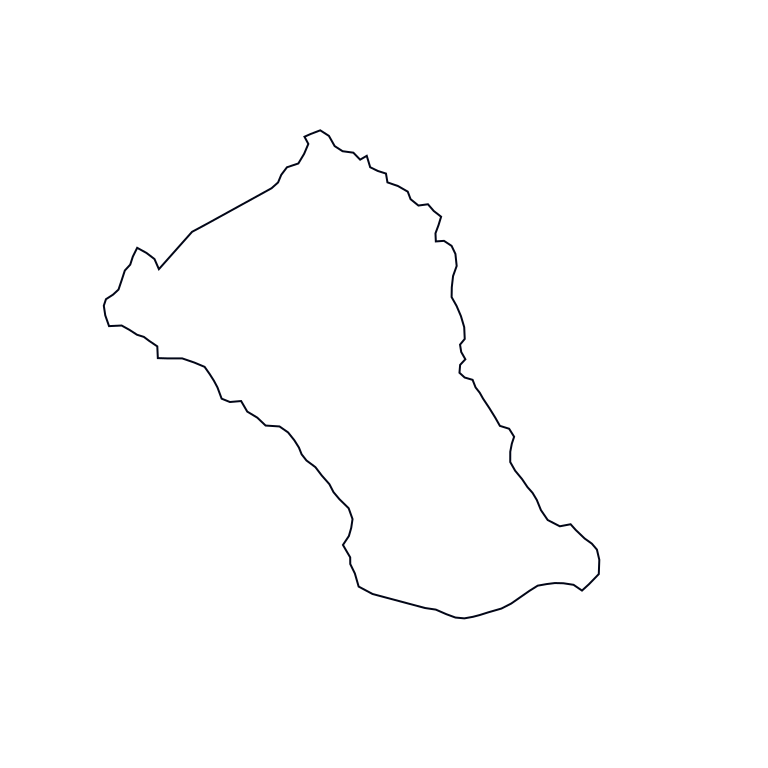 outline of Tanquinho, Bahia, Brazil, rotated 121°
{"feature_id": "56859067B21110119970991", "entity_name": "Tanquinho", "entity_type": "district", "adm_level": 2, "iso_a3": "BRA", "parent_name": "Brazil", "parent_adm1": "Bahia", "projection": "albers", "projection_center": [-39.095, -11.948], "detail": "fine", "context": "isolated", "style": "outline", "palette": "ink", "viewbox_px": 768, "rotation_deg": 121, "n_neighbors": 0, "source": "geoboundaries", "source_scale": "gbopen_adm2", "svg_char_len": 1990}
<svg xmlns="http://www.w3.org/2000/svg" viewBox="0 0 768 768"><g transform="rotate(121 384 384)"><path d="M206.9,462.7L207.1,473.9L209.4,484.9L202.6,490.7L204.6,499.1L205.3,507.5L197.3,516.3L204.0,520.0L201.5,529.4L205.8,539.4L205.5,548.8L199.7,559.0L199.4,569.3L207.3,575.5L213.0,579.5L217.2,572.5L227.9,571.0L239.1,571.0L248.2,578.8L257.6,579.8L265.8,578.6L274.1,581.2L338.3,618.5L352.4,626.9L401.5,636.1L395.1,645.1L394.0,655.1L394.4,665.7L404.2,664.9L412.4,663.0L420.2,664.6L430.2,662.3L439.8,660.2L447.0,662.3L454.5,666.0L461.2,664.5L468.7,658.3L476.0,649.5L469.0,639.0L468.7,630.2L469.0,621.1L467.3,614.1L468.0,607.3L468.5,597.7L478.3,591.2L473.3,582.3L466.0,570.2L463.3,557.6L461.7,546.6L465.3,538.5L468.8,531.5L472.7,525.0L480.2,515.6L478.8,506.8L472.2,497.7L478.1,487.0L478.1,475.3L480.6,464.1L474.2,451.7L474.9,441.3L478.4,431.9L482.3,424.2L486.7,418.4L489.5,411.1L490.6,400.0L494.5,390.2L498.0,379.2L502.7,371.6L505.7,362.9L508.7,350.3L516.0,341.4L524.2,338.0L532.4,335.8L543.1,336.3L546.8,329.6L550.0,323.7L555.7,320.2L561.4,311.4L570.7,301.4L569.9,285.7L554.9,233.5L550.7,223.4L549.2,212.0L547.4,202.5L543.5,194.4L537.7,187.8L532.9,183.1L526.0,177.0L516.0,167.7L506.7,161.9L497.1,157.6L486.4,152.8L477.7,148.4L471.7,141.5L466.6,135.0L462.4,127.6L458.5,118.1L459.1,107.9L450.1,105.2L436.3,102.0L423.8,108.9L416.3,116.2L413.8,123.6L413.1,132.4L410.4,144.4L408.1,151.8L415.4,160.0L416.3,173.6L411.3,184.5L404.7,193.3L400.8,200.6L398.5,207.9L394.4,216.7L390.8,226.9L385.9,235.6L377.0,240.9L369.3,243.7L362.2,245.3L357.9,253.7L360.2,263.1L355.6,271.2L350.4,281.3L345.5,291.6L342.2,297.4L339.8,303.7L334.8,310.2L336.9,318.2L335.5,325.1L328.4,328.6L320.9,327.0L316.8,334.3L311.1,339.1L303.8,338.0L294.0,344.5L286.2,353.0L279.7,362.0L274.7,370.8L266.2,375.7L255.9,380.4L245.4,382.5L235.7,389.8L230.8,397.2L230.4,406.3L235.1,413.0L228.3,417.5L219.7,419.1L211.2,421.2L210.1,430.4L207.3,438.9L213.3,446.4L211.9,456.4L206.9,462.7Z" fill="none" stroke="#020617" stroke-width="2"/></g></svg>